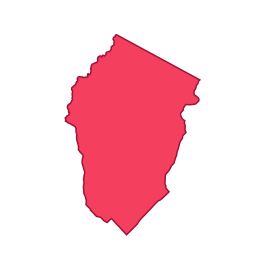 outline of Tala, Canelones, Uruguay, rotated 315°
{"feature_id": "84410073B98318272763816", "entity_name": "Tala", "entity_type": "district", "adm_level": 2, "iso_a3": "URY", "parent_name": "Uruguay", "parent_adm1": "Canelones", "projection": "robinson", "projection_center": [-55.755, -34.328], "detail": "fine", "context": "isolated", "style": "filled", "palette": "rose", "viewbox_px": 256, "rotation_deg": 315, "n_neighbors": 0, "source": "geoboundaries", "source_scale": "gbopen_adm2", "svg_char_len": 4678}
<svg xmlns="http://www.w3.org/2000/svg" viewBox="0 0 256 256"><g transform="rotate(315 128 128)"><path d="M212.8,144.8L185.9,54.2L185.6,53.8L184.8,53.5L183.4,54.2L182.3,53.8L181.1,54.0L180.1,54.9L179.9,56.2L179.3,57.2L177.9,58.2L176.7,59.3L175.6,59.2L174.4,58.8L173.5,58.9L172.8,59.4L171.9,60.4L169.5,60.9L168.4,60.4L167.6,59.9L166.3,59.3L165.7,59.3L165.0,60.0L163.9,60.5L162.4,60.5L162.2,59.6L161.8,58.9L161.1,58.7L160.4,59.1L159.7,59.3L159.7,58.3L159.4,57.5L158.4,56.9L157.4,56.7L156.9,57.2L156.3,56.9L155.3,57.6L154.7,58.6L154.1,59.2L153.2,59.5L152.0,59.5L151.0,58.9L149.8,58.3L148.6,57.9L147.6,57.6L146.5,58.0L145.6,58.3L144.6,59.0L144.1,59.5L143.9,59.7L143.7,59.7L143.6,59.9L143.5,60.0L143.3,60.0L143.2,60.4L143.0,60.6L143.0,60.8L142.9,60.9L142.8,61.0L142.7,61.0L142.5,61.3L142.4,61.3L142.2,61.5L141.1,62.2L141.0,62.3L140.8,62.4L140.8,62.5L140.7,62.7L140.6,62.9L140.3,62.9L140.1,62.9L139.4,63.0L139.0,63.2L138.9,63.2L138.5,63.1L138.4,63.0L138.4,62.9L138.2,62.5L138.2,62.3L138.2,62.1L138.3,62.0L138.3,61.8L138.2,61.7L138.1,61.4L137.9,61.3L137.4,61.5L137.1,61.7L136.9,61.8L136.7,61.9L136.7,62.0L136.7,62.4L136.7,62.6L136.6,62.8L136.4,62.9L136.3,63.0L136.2,63.0L135.9,63.0L135.5,63.2L135.4,63.2L135.1,63.1L134.9,63.0L134.8,62.9L134.7,62.8L134.7,62.7L134.4,62.4L134.0,62.1L133.7,61.9L133.4,61.8L133.0,61.5L132.6,61.1L132.4,60.9L132.3,60.7L132.1,60.6L132.0,60.3L132.0,60.2L131.8,60.0L131.8,59.8L131.6,59.8L131.6,59.6L131.4,59.3L131.3,59.2L131.1,58.9L130.9,58.6L130.7,58.4L130.6,58.2L130.4,58.0L130.2,57.7L129.6,57.1L129.2,57.0L128.8,56.8L128.6,56.8L128.4,56.8L128.0,56.9L127.5,57.0L127.1,57.2L127.0,57.3L126.8,57.4L126.7,57.5L126.7,57.8L126.7,58.3L126.7,58.6L126.5,58.8L125.9,58.9L125.6,59.0L125.3,59.2L124.9,59.2L124.6,58.9L124.4,58.9L124.1,59.1L123.9,59.2L123.5,59.3L123.2,59.5L122.8,59.7L122.4,59.8L122.1,59.8L121.8,59.9L121.5,60.1L121.4,60.1L121.2,60.1L120.4,60.2L120.1,60.2L119.8,60.1L119.6,59.9L119.1,59.8L118.9,59.8L118.5,60.0L118.4,60.0L118.2,60.0L117.9,59.9L117.6,59.8L117.2,59.8L116.9,59.8L116.7,59.8L116.4,59.9L116.3,60.0L116.2,60.1L116.0,60.3L115.7,60.8L115.4,61.1L115.2,61.4L115.1,61.5L114.9,62.1L115.0,62.7L114.9,62.8L114.7,63.0L114.4,63.3L114.1,63.5L113.7,63.6L113.2,64.0L112.9,64.2L112.7,64.3L112.4,64.7L112.3,64.8L111.6,65.5L111.4,65.9L111.2,66.1L110.6,66.7L110.4,66.9L109.3,67.6L109.2,67.9L109.1,68.0L108.9,68.3L108.6,68.7L108.5,68.8L108.2,68.9L107.5,68.9L107.4,69.0L106.9,69.1L106.3,69.4L105.8,69.7L105.6,69.7L105.3,69.7L105.2,69.8L104.8,69.8L104.6,69.8L104.4,69.7L104.1,69.8L103.9,69.7L103.5,69.5L103.0,69.5L102.7,69.5L102.6,69.4L102.2,69.3L101.8,69.4L101.5,69.5L101.1,69.6L100.8,69.8L100.7,69.9L100.5,70.0L100.4,70.0L100.2,70.1L99.4,71.0L99.2,71.4L99.0,72.0L98.9,72.3L98.7,72.9L98.7,73.0L98.4,73.6L98.1,73.9L98.0,74.0L97.9,74.1L97.6,74.4L97.4,74.6L97.2,74.8L97.1,75.2L97.4,75.3L97.5,75.5L97.5,75.9L97.4,76.0L96.9,76.1L96.5,76.3L96.0,76.6L95.9,76.6L95.6,76.8L95.2,76.9L94.7,76.8L94.3,76.7L94.2,76.7L93.9,76.5L93.7,76.4L93.4,76.5L92.9,76.5L92.4,76.6L92.1,76.8L91.9,76.9L91.6,76.7L91.4,76.7L91.2,76.4L90.9,76.4L90.8,76.5L90.7,76.7L90.5,76.9L90.5,77.0L90.4,77.4L90.3,77.5L90.2,77.6L89.9,77.8L89.8,78.0L89.7,78.2L89.7,78.3L89.6,78.5L89.3,78.6L89.1,78.6L88.9,78.8L88.7,78.9L88.6,79.0L88.8,79.3L89.0,79.4L89.1,79.5L89.0,79.8L89.1,80.0L89.1,80.4L89.1,80.7L89.3,80.8L89.4,81.0L89.4,81.3L89.3,81.5L89.2,81.9L90.1,83.8L91.0,87.3L91.6,89.7L90.8,91.7L88.8,93.6L87.2,96.4L85.0,98.2L83.0,100.7L82.3,102.4L80.8,104.7L79.7,106.4L77.6,108.2L77.1,111.1L77.1,114.0L76.8,116.0L74.6,117.2L72.9,118.3L70.8,120.3L69.3,123.0L67.9,125.6L66.1,128.8L63.3,130.6L60.1,133.1L58.4,135.5L55.0,137.9L51.9,141.6L50.6,143.0L50.1,144.3L49.6,145.8L47.2,149.9L44.1,152.5L44.0,155.1L44.1,158.8L43.3,159.6L43.4,161.4L43.2,168.4L44.0,169.3L45.4,171.5L45.5,174.1L45.4,176.6L46.0,178.9L46.5,180.1L51.2,180.2L52.2,180.3L52.3,181.8L52.0,186.7L51.5,202.5L66.7,202.5L69.3,201.8L72.8,201.4L84.4,201.2L94.0,200.8L97.8,200.8L99.3,201.6L102.9,202.0L111.9,202.2L112.3,197.3L113.8,195.7L114.8,193.4L116.7,191.7L118.4,190.1L121.0,187.8L122.7,187.4L125.4,187.2L127.7,186.9L129.9,186.2L132.4,185.4L135.6,185.4L140.3,182.8L142.8,181.8L145.1,180.0L150.1,177.5L152.3,176.1L154.6,174.8L156.3,174.2L157.8,174.1L159.3,173.6L161.3,172.2L162.3,172.1L165.4,172.3L166.0,172.0L166.5,170.5L167.3,169.3L169.7,167.2L170.7,165.8L171.2,164.5L173.3,163.0L173.0,161.3L172.9,159.8L174.2,156.1L176.0,154.6L178.4,154.5L179.9,154.3L181.2,153.1L184.7,152.4L186.2,152.9L187.2,154.3L189.6,156.5L192.8,158.8L195.0,158.9L197.1,158.9L198.2,158.2L198.9,156.9L198.9,154.2L198.4,151.3L199.7,149.4L201.5,148.4L203.5,148.1L206.8,146.1L208.5,146.1L209.9,145.4L211.1,144.7L212.8,144.8Z" fill="#f43f5e" stroke="#9f1239" stroke-width="1.5"/></g></svg>